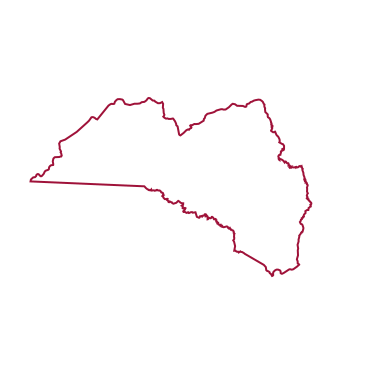 the district of Apartadó, Antioquia, Colombia, rotated 228°
{"feature_id": "7082276B99397100908240", "entity_name": "Apartadó", "entity_type": "district", "adm_level": 2, "iso_a3": "COL", "parent_name": "Colombia", "parent_adm1": "Antioquia", "projection": "mercator", "projection_center": [-76.61, 7.921], "detail": "fine", "context": "isolated", "style": "outline", "palette": "rose", "viewbox_px": 384, "rotation_deg": 228, "n_neighbors": 0, "source": "geoboundaries", "source_scale": "gbopen_adm2", "svg_char_len": 6075}
<svg xmlns="http://www.w3.org/2000/svg" viewBox="0 0 384 384"><g transform="rotate(228 192 192)"><path d="M307.9,79.1L228.1,160.4L225.6,160.4L223.5,160.8L222.8,161.3L222.3,161.2L221.2,162.1L221.3,162.5L220.7,162.7L220.8,163.1L220.3,162.8L219.9,163.1L219.4,164.1L218.4,165.0L217.8,165.2L217.7,165.7L217.2,166.3L217.3,167.0L216.8,167.6L215.8,167.8L214.8,169.0L213.3,169.2L212.3,168.9L211.6,169.2L211.4,169.5L210.7,169.7L209.7,169.3L209.3,168.5L208.7,168.7L208.8,167.2L207.4,167.3L206.9,167.0L205.0,167.0L203.8,168.3L203.6,169.0L203.1,169.2L202.7,168.1L200.9,168.4L200.5,167.9L200.1,167.9L199.7,168.2L199.8,169.2L198.3,169.7L197.8,170.1L196.9,169.9L195.7,170.4L194.5,173.1L194.6,175.8L193.4,176.2L191.8,176.3L190.5,176.9L189.5,177.9L188.6,177.0L188.7,175.2L187.5,175.6L186.3,174.2L185.7,174.4L184.9,176.1L184.3,176.3L183.6,174.5L183.5,172.6L182.8,172.4L182.0,173.4L180.2,173.9L179.6,175.5L178.9,175.3L178.4,175.6L177.8,177.5L177.0,178.6L176.1,178.7L174.6,181.0L170.3,179.0L168.1,180.0L168.0,180.6L168.6,181.8L168.0,182.4L167.9,182.8L167.0,183.0L167.3,184.0L166.4,185.1L166.9,186.5L166.3,187.3L165.4,187.3L164.6,186.1L163.9,187.2L163.3,187.2L161.3,185.3L161.1,185.7L161.6,187.0L161.2,187.5L160.4,187.8L160.0,188.4L159.9,189.1L160.3,190.0L160.1,190.3L158.7,190.6L157.0,190.1L156.6,190.5L156.4,191.3L156.0,191.5L155.5,191.2L154.7,191.3L154.4,190.6L153.6,190.2L152.8,190.7L151.9,189.9L151.4,190.7L150.4,189.9L149.7,190.1L148.7,191.2L148.3,190.5L147.8,190.4L147.8,191.3L147.0,191.8L146.6,191.8L146.0,191.1L144.6,192.0L143.1,194.9L142.0,195.2L141.4,194.8L140.0,195.0L140.0,196.1L138.0,195.6L137.6,196.2L136.6,196.2L135.7,196.8L134.2,196.3L133.8,195.6L132.6,195.7L132.1,194.6L131.2,194.0L130.5,193.1L129.7,192.8L128.7,191.7L128.5,190.3L126.9,190.0L122.9,187.8L120.1,184.1L119.3,185.1L118.7,185.0L117.6,185.4L116.8,186.3L115.8,186.2L115.5,188.2L114.7,188.3L113.8,189.1L111.5,189.8L110.9,189.8L89.8,196.6L86.8,196.6L84.2,194.9L83.1,195.0L81.9,195.7L80.6,196.0L79.7,195.5L77.6,195.9L77.4,195.6L76.0,195.3L75.8,195.8L75.9,196.7L77.5,198.0L78.1,199.1L78.2,201.2L77.8,202.8L76.8,204.0L75.0,204.9L73.9,204.8L72.3,203.6L71.3,203.9L70.9,204.4L70.4,206.3L69.5,212.2L69.1,213.1L67.5,214.2L66.8,215.6L66.3,220.0L66.3,223.0L67.0,223.1L68.2,222.8L69.9,224.2L71.8,224.9L74.0,228.4L77.9,231.6L79.0,233.1L82.1,235.1L83.9,238.1L85.3,239.3L87.0,241.9L87.8,242.4L88.2,244.6L88.7,245.8L88.4,246.4L88.8,246.9L88.5,247.5L90.2,250.2L91.0,250.9L93.5,252.0L94.4,252.1L95.6,251.5L97.5,252.1L97.7,253.3L98.5,254.4L98.3,255.5L99.1,256.1L98.7,257.1L99.2,257.7L98.8,258.2L99.0,258.9L99.7,259.1L100.3,260.2L100.4,262.3L101.9,263.4L101.6,265.5L100.8,266.4L102.1,268.0L101.9,269.0L102.1,270.0L101.8,270.6L102.3,271.1L103.3,271.4L103.2,272.4L103.8,273.2L104.5,273.4L105.1,273.1L105.8,273.4L107.7,273.1L108.5,273.7L109.3,273.1L109.8,273.1L109.9,273.5L110.6,273.3L110.8,274.4L112.4,274.8L113.4,276.4L113.5,277.2L115.3,277.7L117.4,279.8L118.3,280.3L119.5,282.4L120.1,282.7L120.8,282.5L121.5,283.2L122.4,283.4L122.8,283.4L123.0,282.8L123.6,283.4L124.2,283.2L124.8,284.3L125.5,284.1L125.4,283.5L126.2,283.8L126.3,284.7L127.0,284.7L127.6,285.4L130.0,286.3L131.9,287.7L134.2,288.6L135.2,289.3L134.9,289.5L135.1,289.8L136.0,289.8L137.8,290.7L137.8,290.3L138.2,290.2L138.0,289.8L139.4,289.1L139.4,287.5L139.9,286.6L140.7,286.4L140.6,285.5L141.3,285.6L141.9,284.3L143.6,282.8L143.7,281.8L144.4,281.5L144.5,280.9L144.9,280.9L144.9,282.2L145.4,281.5L145.8,282.3L146.6,282.3L147.1,281.4L148.6,282.8L149.0,282.8L149.7,282.0L150.6,281.8L151.3,282.1L152.0,282.0L152.4,281.4L152.1,280.6L154.2,280.8L156.3,280.3L157.4,279.6L158.2,279.5L158.4,279.1L157.4,278.4L157.9,278.3L158.7,278.6L159.7,279.6L160.5,279.8L160.9,280.3L161.2,281.4L160.5,282.6L161.4,283.6L161.6,284.4L162.6,285.1L162.7,285.6L162.3,286.8L163.5,287.8L163.4,288.1L162.0,287.9L161.9,288.3L162.3,289.1L164.7,291.3L166.6,291.6L167.7,291.0L170.5,290.1L170.8,290.9L172.1,292.0L173.2,292.5L175.5,293.1L177.3,292.9L178.4,293.1L181.1,294.1L181.3,294.1L181.4,293.2L182.1,292.3L184.3,291.7L184.8,291.9L185.2,293.3L185.7,294.1L186.2,294.2L186.1,294.6L187.1,294.9L187.0,295.4L187.5,295.4L187.6,295.7L187.3,295.7L187.6,296.2L189.0,295.9L189.5,296.8L189.9,296.8L190.3,297.2L190.7,297.2L191.2,297.6L193.7,298.7L195.2,298.9L196.7,298.5L197.6,298.9L199.0,300.2L202.4,300.0L204.9,301.8L205.3,302.4L206.8,302.8L207.8,303.5L208.5,304.4L209.6,304.3L211.3,304.9L212.5,304.9L214.8,304.4L216.2,303.2L217.9,300.4L218.6,298.9L218.9,297.2L219.6,295.9L219.6,293.5L220.1,292.6L220.5,291.4L219.2,289.5L219.7,288.4L221.9,287.4L225.9,283.2L228.4,282.7L230.3,281.3L230.5,280.0L230.3,276.2L230.8,272.2L232.0,270.7L233.4,269.8L234.2,268.8L236.2,264.7L236.5,262.3L237.3,260.3L239.8,255.7L239.7,253.1L238.3,250.7L238.3,249.7L237.2,248.4L238.2,242.6L239.8,240.4L241.0,239.2L241.5,237.0L242.6,235.6L242.5,235.0L240.5,234.9L240.1,234.2L240.6,232.3L240.3,231.4L241.2,230.8L241.7,229.2L241.5,225.4L241.8,221.3L242.6,220.9L243.5,221.0L250.4,225.2L252.1,225.0L253.4,225.9L255.9,226.7L259.1,227.1L259.4,227.0L260.5,225.1L262.0,223.5L263.1,223.0L263.9,221.8L265.6,221.2L267.2,221.1L267.3,222.0L267.8,223.1L269.7,223.9L272.9,226.4L274.1,226.7L276.8,229.5L278.8,230.0L279.4,227.7L280.8,226.1L284.0,225.1L285.0,225.2L286.3,224.0L289.8,223.5L290.8,222.8L291.1,221.8L290.6,219.4L290.8,217.0L292.4,214.7L292.7,212.5L294.2,210.4L296.1,208.3L298.1,204.1L302.2,201.2L306.5,202.2L307.4,202.0L309.1,200.7L310.7,198.9L310.9,197.6L310.7,195.2L309.6,193.3L310.2,192.2L311.3,191.3L311.8,190.2L312.1,187.8L309.3,170.2L310.6,169.5L312.3,169.3L313.6,168.7L314.5,167.9L314.8,167.2L313.9,163.2L313.8,160.8L313.8,146.5L315.8,132.8L317.7,128.2L316.9,125.7L313.9,123.8L312.8,122.6L309.8,121.8L309.4,120.9L308.4,120.7L306.3,119.6L305.9,118.6L306.3,118.2L306.8,116.8L309.6,113.4L309.7,112.8L309.6,111.4L308.0,109.1L305.5,107.5L305.0,106.9L306.2,105.1L306.3,103.7L306.0,102.4L304.7,100.8L304.7,100.1L305.8,97.3L305.6,96.0L304.7,93.9L304.4,91.2L304.6,90.5L305.1,90.0L307.9,89.9L308.6,89.3L308.8,88.6L308.8,87.9L308.1,86.7L308.1,85.9L308.1,85.2L309.1,83.8L309.1,81.1L308.9,80.4L307.9,79.1Z" fill="none" stroke="#9f1239" stroke-width="2"/></g></svg>